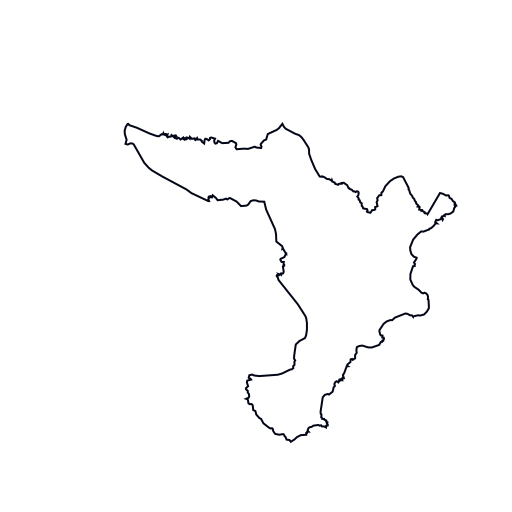 outline of Sumba Barat, Nusa Tenggara Timur, Indonesia, rotated 299°
{"feature_id": "22746128B3578697728098", "entity_name": "Sumba Barat", "entity_type": "district", "adm_level": 2, "iso_a3": "IDN", "parent_name": "Indonesia", "parent_adm1": "Nusa Tenggara Timur", "projection": "robinson", "projection_center": [119.366, -9.585], "detail": "fine", "context": "isolated", "style": "outline", "palette": "ink", "viewbox_px": 512, "rotation_deg": 299, "n_neighbors": 0, "source": "geoboundaries", "source_scale": "gbopen_adm2", "svg_char_len": 6153}
<svg xmlns="http://www.w3.org/2000/svg" viewBox="0 0 512 512"><g transform="rotate(299 256 256)"><path d="M402.3,395.4L402.3,394.6L401.1,393.1L401.0,389.2L400.3,386.4L375.8,385.8L376.2,385.2L375.3,383.4L375.4,382.5L376.0,382.4L376.1,380.0L376.6,379.3L375.8,378.8L376.4,378.4L375.7,376.2L378.1,375.4L377.6,373.5L378.7,373.7L379.7,370.5L380.7,369.8L381.3,368.1L382.7,366.6L383.1,364.8L384.2,363.6L385.4,360.5L387.7,358.3L388.3,357.0L389.5,356.6L396.3,346.4L396.1,344.4L394.4,342.1L390.7,339.1L386.6,337.0L379.8,335.3L373.9,335.7L372.3,335.0L370.0,336.1L368.9,334.4L365.3,333.9L363.8,335.3L361.6,335.4L358.5,338.1L356.4,336.5L354.6,337.7L353.4,337.0L352.5,335.4L349.3,335.1L348.4,332.0L348.7,331.4L350.0,331.4L350.8,330.4L349.6,326.6L350.8,325.4L351.0,324.3L353.4,322.8L353.5,321.1L355.0,319.7L355.1,318.4L356.3,317.8L357.1,315.8L358.9,316.0L361.0,315.2L361.8,314.2L361.5,312.9L360.2,312.1L360.4,311.3L359.7,309.8L360.4,307.6L360.0,305.3L360.5,304.9L360.3,304.0L362.1,301.5L362.6,297.2L361.4,295.5L360.9,296.0L359.2,293.5L358.1,293.3L357.5,290.2L358.4,289.2L358.1,286.7L359.0,285.7L358.5,285.8L358.7,282.8L357.8,280.8L358.1,276.8L357.4,275.6L357.7,275.2L356.4,273.6L356.6,272.8L360.7,265.6L367.1,257.4L371.2,252.9L374.9,250.7L376.4,249.1L380.4,241.7L381.9,238.4L382.6,235.1L381.9,231.0L381.7,220.2L382.6,217.7L384.4,215.0L378.9,214.1L376.5,213.1L368.4,207.2L362.8,208.4L360.9,206.9L356.4,205.9L355.6,206.1L354.3,207.8L352.9,208.1L351.0,203.6L351.0,201.9L345.8,197.1L344.1,193.5L340.0,187.3L341.1,185.3L344.1,184.7L345.0,183.8L345.0,179.2L343.9,177.7L341.6,177.0L338.3,171.7L338.3,167.0L335.7,167.1L334.6,166.0L335.0,164.8L336.7,163.4L338.8,163.3L337.9,159.3L336.9,158.5L335.9,159.1L334.2,158.6L334.4,155.8L334.0,154.9L332.7,154.8L329.3,156.1L329.8,153.0L330.5,152.7L330.8,150.7L329.6,148.5L330.6,147.3L328.1,146.9L328.1,146.2L329.1,145.2L327.4,143.2L328.1,140.5L326.4,141.2L326.5,139.3L325.9,137.6L325.2,137.5L324.4,138.6L324.0,138.2L324.2,136.6L323.1,136.9L323.1,135.8L324.2,134.9L321.3,133.5L321.9,131.2L321.5,130.3L320.2,130.0L320.1,128.4L321.2,128.1L321.7,127.2L322.2,128.0L322.6,127.3L321.5,126.0L320.1,126.8L320.8,123.5L319.2,123.7L317.9,121.8L317.0,121.3L317.3,120.3L319.3,119.7L317.9,118.8L317.8,117.9L318.8,117.7L317.9,116.3L318.5,115.5L317.1,115.7L316.8,114.4L313.7,113.1L312.8,111.1L311.5,103.2L310.4,89.5L309.0,81.8L309.6,80.2L309.3,79.7L305.8,79.5L301.8,80.4L298.9,82.3L294.9,86.5L290.8,87.5L291.3,89.8L293.7,91.6L294.5,93.5L294.3,95.0L283.3,113.1L281.2,119.2L280.4,123.7L280.1,135.6L280.5,162.9L279.7,169.0L280.9,187.6L281.3,188.3L282.5,186.8L283.8,186.8L284.2,186.0L285.2,186.0L286.2,187.1L285.3,187.6L285.9,189.1L288.1,188.7L287.3,192.9L286.2,195.4L289.3,199.9L291.6,201.9L291.5,203.4L293.3,204.3L294.1,205.2L294.2,212.6L292.4,218.7L295.4,223.2L297.3,224.3L301.4,224.7L303.4,226.6L304.6,229.0L305.1,232.2L307.5,236.9L301.5,242.4L288.7,259.6L285.0,262.8L278.5,266.8L277.3,273.9L276.3,275.3L274.8,275.7L275.4,276.3L272.8,280.7L273.0,281.2L272.1,281.8L271.9,281.2L268.7,281.3L265.6,279.0L264.6,279.0L263.2,281.2L264.3,283.2L261.8,284.3L261.9,285.0L261.1,285.4L259.9,284.6L255.6,287.9L253.9,288.1L253.1,287.1L252.0,287.1L252.6,286.3L251.6,286.1L251.2,284.4L250.7,285.4L250.1,285.3L249.4,283.6L248.6,283.7L247.8,285.4L245.9,287.4L234.0,316.1L227.4,328.3L225.9,330.1L222.0,333.1L216.0,336.4L210.8,338.3L207.9,338.6L202.7,335.2L197.9,333.7L187.1,337.8L184.6,339.1L183.7,340.9L182.3,340.8L179.5,342.4L177.6,341.9L176.0,343.0L174.3,342.3L173.2,340.9L165.9,335.8L162.7,332.6L152.5,317.0L150.6,312.3L150.4,310.1L148.5,308.0L146.0,308.6L145.7,309.6L146.0,310.6L145.5,311.6L142.8,308.8L141.0,309.3L138.3,312.2L135.4,311.3L134.5,312.1L134.1,314.2L132.7,314.9L131.7,316.9L129.5,318.3L128.2,318.1L126.3,316.6L126.5,317.9L126.0,318.9L123.6,320.7L123.3,322.2L124.4,323.9L123.8,325.5L119.9,328.3L120.1,330.6L117.5,333.1L115.9,337.4L116.0,339.4L113.3,343.5L112.2,350.1L112.2,352.5L113.1,353.4L113.0,354.4L111.1,356.1L109.7,359.1L111.0,363.1L113.2,365.8L113.4,367.0L112.2,368.5L112.1,369.5L110.2,371.8L111.3,374.5L110.4,376.5L114.2,378.6L117.4,379.6L121.0,382.0L124.0,386.6L125.5,385.8L125.8,386.4L127.1,385.9L127.8,387.2L128.2,386.1L129.3,385.5L130.9,385.4L132.2,385.9L133.4,387.4L135.5,388.5L138.4,392.4L138.5,394.0L139.5,395.0L138.9,396.4L140.0,398.2L140.0,400.4L141.6,399.7L142.6,400.9L143.4,400.4L143.8,399.2L145.2,399.1L145.2,397.6L146.2,397.2L146.0,395.0L146.5,394.6L145.6,392.9L146.6,391.9L146.5,391.3L149.1,390.1L149.3,389.2L151.0,388.0L164.7,382.9L167.9,383.5L170.2,385.8L170.2,387.0L174.5,388.8L178.7,387.6L180.6,388.0L182.0,386.6L184.3,386.5L185.6,387.3L185.4,389.3L186.8,389.2L186.5,390.3L187.6,388.9L188.5,388.9L188.9,389.4L188.3,390.0L188.8,391.0L190.3,390.4L190.7,390.7L190.3,391.4L191.6,390.9L191.9,391.9L194.1,389.7L196.3,389.9L203.4,388.8L204.1,389.8L204.2,388.8L205.6,388.6L209.0,390.0L211.5,388.9L212.6,390.0L212.1,391.0L214.6,392.3L217.3,390.7L220.1,391.0L222.4,389.4L225.2,388.4L227.3,389.9L229.2,392.4L230.4,398.3L232.1,401.6L237.9,406.8L241.5,406.9L242.0,407.8L243.1,407.6L243.5,408.4L244.7,407.8L245.5,408.2L246.5,407.3L246.0,405.9L247.7,405.2L247.1,403.6L247.6,402.6L250.1,400.3L251.3,399.9L258.5,400.5L262.1,402.0L265.1,404.6L265.9,406.2L269.5,407.4L278.1,414.5L278.9,416.7L278.8,419.4L279.7,421.2L279.0,422.9L279.4,422.8L281.3,424.9L282.9,426.7L283.3,428.2L286.2,431.3L290.1,432.4L294.0,432.5L295.3,431.9L301.2,428.2L301.5,427.2L303.5,426.4L305.1,424.9L305.8,422.6L305.6,421.2L304.3,420.2L304.1,418.6L305.3,414.7L305.8,409.4L306.6,407.2L310.2,402.4L315.1,399.8L323.1,398.3L324.2,399.6L324.6,399.1L326.0,399.0L326.9,397.3L331.2,397.7L332.4,397.3L331.9,394.5L332.9,391.2L335.5,388.4L338.4,386.5L346.6,385.5L353.2,386.8L357.6,388.6L358.5,390.6L363.2,394.6L363.9,394.4L365.0,395.5L368.4,396.8L371.6,397.2L372.2,398.4L372.6,396.3L375.0,396.1L375.2,397.4L378.4,400.3L378.6,401.1L378.1,401.7L378.9,401.7L379.3,399.5L380.6,399.5L380.7,400.1L382.4,400.5L382.5,401.7L383.4,401.2L384.5,401.6L385.8,403.9L387.4,405.5L390.5,407.0L394.1,406.1L395.4,406.4L396.1,405.7L397.1,406.8L397.6,406.0L397.4,404.7L398.3,404.2L398.6,404.6L399.3,403.8L399.6,401.3L400.8,399.3L400.6,397.3L402.3,395.4Z" fill="none" stroke="#020617" stroke-width="2"/></g></svg>